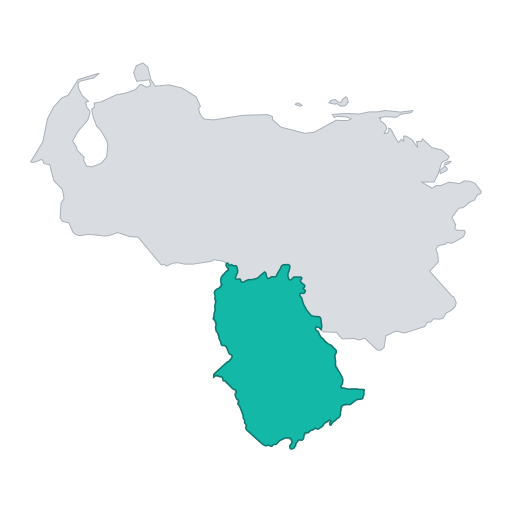 where Amazonas sits in Venezuela
{"feature_id": "VEN-38", "entity_name": "Amazonas", "entity_type": "State", "adm_level": 1, "iso_a3": "VEN", "parent_name": "Venezuela", "parent_adm1": "", "projection": "albers", "projection_center": [-66.172, 3.421], "detail": "fine", "context": "in_parent", "style": "filled", "palette": "teal", "viewbox_px": 512, "rotation_deg": 0, "n_neighbors": 0, "source": "natural_earth", "source_scale": "10m", "svg_char_len": 9704}
<svg xmlns="http://www.w3.org/2000/svg" viewBox="0 0 512 512"><path d="M475.0,183.4L481.3,191.5L480.7,193.5L476.9,195.4L474.6,200.0L469.8,202.1L463.1,207.7L458.7,208.2L451.9,217.5L455.7,224.7L454.8,228.4L456.5,230.2L464.4,230.4L465.2,232.3L464.2,235.3L462.8,237.2L452.1,243.2L446.9,242.6L444.7,244.4L437.8,245.8L435.9,249.3L437.7,254.1L438.4,261.9L429.7,271.1L451.5,295.7L453.9,297.0L456.2,302.7L455.4,306.1L451.6,310.1L446.2,313.1L443.0,318.2L439.6,319.2L433.7,318.8L430.8,321.7L427.0,322.7L424.6,326.6L404.6,333.0L395.9,331.1L385.9,335.8L384.1,347.4L381.1,350.1L377.3,350.1L364.9,338.3L358.6,340.0L354.4,338.5L342.1,338.9L336.3,332.3L323.5,331.9L318.6,327.4L316.4,327.3L315.4,328.8L320.4,336.2L335.4,350.4L335.5,363.2L342.6,381.1L341.3,386.8L345.4,388.5L363.4,389.8L363.2,396.1L360.9,399.0L357.3,399.6L348.1,404.4L342.6,406.0L339.1,416.4L336.1,419.5L332.8,422.0L326.7,422.1L318.4,428.8L315.5,428.6L308.5,432.0L297.3,441.7L293.6,447.6L290.8,447.7L291.9,442.5L290.4,439.8L287.8,438.3L285.3,438.0L282.2,439.4L273.9,444.5L265.8,445.6L261.5,443.3L246.5,429.8L246.2,425.3L242.7,414.5L235.1,394.5L235.3,390.6L223.3,380.5L221.6,377.1L216.7,375.7L213.6,377.1L214.4,373.7L230.5,359.3L232.0,356.2L225.7,346.9L222.2,344.3L220.3,341.1L216.2,329.9L215.2,321.3L213.8,319.5L215.6,298.5L214.9,293.9L216.1,290.4L219.2,288.0L221.0,284.2L221.4,279.2L223.3,275.1L226.6,271.8L227.8,268.6L226.4,263.4L223.5,261.3L213.8,259.7L211.1,261.3L193.3,264.1L184.5,264.1L177.8,262.7L172.7,263.2L166.7,266.0L163.8,264.3L161.4,265.1L138.1,237.2L129.5,236.6L117.9,232.6L108.6,235.7L104.8,236.0L88.4,234.3L79.3,235.7L75.5,234.3L72.9,232.1L68.9,222.9L62.7,221.4L60.1,217.7L61.1,202.9L64.0,198.9L63.0,192.2L62.1,189.0L53.9,180.8L49.7,164.6L44.2,163.7L42.6,160.2L41.0,159.5L36.5,161.7L31.7,162.5L30.7,161.7L42.8,141.9L47.6,118.5L53.6,107.1L61.8,97.9L68.3,95.2L78.1,79.6L99.3,73.2L93.7,78.0L81.0,80.9L78.1,82.8L78.4,88.0L82.1,95.5L88.5,101.4L85.5,102.0L86.8,107.3L89.8,111.0L90.0,113.2L87.6,120.3L77.8,131.5L72.6,141.2L76.5,147.0L77.0,150.0L84.2,157.3L83.5,160.1L86.6,166.1L91.6,166.9L101.4,163.2L106.6,157.0L107.8,145.1L106.8,140.8L100.9,130.4L96.8,126.4L93.3,117.4L91.6,109.2L94.4,107.3L94.2,103.1L101.0,101.9L115.8,95.0L124.9,93.3L135.3,89.7L139.8,84.8L141.4,84.5L146.8,87.3L149.5,86.3L150.6,84.1L149.1,79.8L136.7,81.3L133.6,72.6L136.4,65.6L143.0,63.0L147.8,67.1L150.9,79.6L155.3,86.2L168.5,84.9L181.9,87.9L196.2,96.9L200.4,106.3L198.6,108.6L199.5,112.6L201.6,116.6L204.7,119.2L213.6,119.9L243.0,115.3L267.6,114.6L272.3,116.5L272.8,119.9L280.8,127.1L304.8,133.3L314.0,132.4L336.0,120.3L347.8,120.6L351.2,118.8L346.8,117.0L337.0,116.3L334.1,117.5L332.4,114.4L346.5,113.4L359.0,114.1L369.2,111.9L377.3,111.9L385.4,110.5L400.7,112.1L412.7,110.6L411.3,112.6L401.0,114.3L396.1,117.2L385.7,116.7L378.4,117.8L380.7,118.6L380.7,121.5L382.8,122.2L386.0,125.8L386.8,128.8L384.2,133.6L387.2,133.1L388.8,131.5L388.8,128.2L390.5,128.7L398.2,142.6L401.5,139.3L403.7,141.3L403.7,136.1L406.3,136.2L411.9,139.7L417.7,147.6L416.6,141.5L421.3,141.4L422.5,138.8L431.8,147.5L441.7,150.0L449.1,156.5L447.5,159.7L443.2,161.4L441.4,163.4L438.2,173.8L434.1,182.0L421.7,182.1L432.2,188.3L435.9,185.7L441.1,185.5L448.9,182.2L459.6,183.6L464.3,180.9L470.0,181.2L475.0,183.4ZM347.2,97.9L348.3,102.2L345.0,106.0L340.4,106.1L336.9,103.6L335.0,104.2L328.9,102.9L330.7,100.6L335.1,99.4L338.5,102.1L341.3,102.2L342.0,100.0L345.8,96.7L347.2,97.9ZM446.9,170.2L440.3,173.7L439.9,170.4L445.0,166.2L447.3,168.7L446.9,170.2ZM302.0,105.4L300.2,106.2L295.3,104.4L296.3,103.2L299.0,103.2L302.0,105.4ZM448.2,163.9L444.2,165.0L445.3,162.6L449.5,161.2L451.0,161.7L448.2,163.9Z" fill="#d9dde1" stroke="#a8b0b8" stroke-width="1"/><path d="M321.1,329.6L320.6,328.9L319.3,327.7L317.8,326.9L316.3,327.0L315.8,327.4L315.6,328.1L315.5,328.8L315.6,329.5L316.0,330.2L316.5,330.6L317.9,331.3L318.4,331.8L319.1,333.8L320.6,336.7L321.3,337.5L322.8,338.7L323.5,339.4L325.0,341.5L328.3,344.0L329.6,344.7L331.2,345.3L331.9,345.8L333.9,348.2L335.4,349.4L336.0,350.1L336.3,351.0L336.2,352.8L335.9,353.4L335.0,354.6L334.7,355.2L334.6,356.0L335.5,360.3L335.6,361.7L335.3,364.5L335.4,365.9L336.0,367.1L337.0,368.4L338.2,370.5L339.3,371.9L341.9,376.9L342.5,378.7L343.0,379.7L342.7,380.8L342.6,382.8L342.5,383.4L341.2,385.7L341.0,386.5L341.0,387.3L341.3,387.8L341.8,388.1L342.5,387.9L344.5,388.2L348.5,389.3L350.7,389.2L352.8,388.9L357.2,389.0L359.3,389.4L363.5,389.5L364.2,389.7L364.3,390.2L364.0,391.3L363.9,391.9L364.0,394.2L363.9,394.6L363.0,396.7L362.9,397.3L363.0,397.9L362.6,398.6L361.6,399.0L359.3,399.4L358.0,399.3L357.6,399.4L355.7,400.2L350.9,404.1L350.2,404.5L349.6,404.6L345.6,404.5L344.3,404.6L343.1,405.1L341.7,406.1L341.1,407.2L340.9,410.1L340.4,412.2L340.5,414.2L340.2,415.5L339.8,416.3L339.3,417.1L338.6,417.8L337.0,418.7L335.2,420.5L332.9,422.2L332.2,423.0L331.5,424.3L331.1,425.0L330.6,425.2L329.9,424.8L329.7,424.1L329.8,423.2L330.1,422.6L330.8,421.2L330.7,420.6L330.0,420.1L329.2,420.2L328.4,420.7L327.0,421.7L325.3,422.6L324.5,423.2L323.8,424.0L323.1,425.5L322.7,426.1L318.5,429.0L317.8,429.1L317.1,429.0L315.4,428.2L314.8,428.2L312.9,429.9L310.9,430.3L310.6,430.5L309.5,431.5L308.8,431.8L308.7,432.6L307.4,432.8L306.1,432.7L304.8,433.0L304.1,434.6L303.8,437.4L303.4,438.8L302.6,439.8L302.0,440.1L301.3,440.2L299.9,440.0L299.0,440.0L298.5,440.3L296.4,442.8L296.0,443.4L295.7,444.3L295.7,445.5L295.6,445.9L294.9,446.6L294.3,447.7L293.6,448.3L292.7,448.7L292.0,449.0L291.2,449.0L290.6,448.8L290.2,448.3L289.8,447.6L289.7,446.0L290.5,444.7L291.6,443.4L292.1,441.9L292.0,441.1L291.8,440.4L291.5,439.7L290.7,438.7L289.9,438.0L289.4,437.8L289.0,437.8L288.3,437.9L285.9,437.8L285.2,437.9L284.4,438.2L283.1,439.0L280.2,440.3L279.5,440.8L278.8,441.5L277.5,443.1L276.8,443.8L276.1,444.2L275.4,444.3L274.0,444.4L273.2,444.8L272.2,446.0L271.4,446.3L270.6,446.2L269.5,445.5L268.9,445.2L268.2,445.2L266.3,445.8L264.3,445.4L262.2,443.9L246.5,429.8L245.8,428.4L245.7,427.6L246.3,426.3L246.2,425.5L246.0,424.7L245.6,424.0L244.6,423.0L244.5,422.6L244.7,421.2L244.6,420.5L243.2,417.8L243.1,417.2L243.1,415.7L243.0,414.9L240.1,407.3L239.5,406.1L239.4,405.8L239.3,405.5L238.6,405.1L237.9,404.0L237.8,403.6L238.5,402.7L238.6,402.1L238.5,400.3L238.3,399.7L236.7,399.0L236.4,398.5L235.8,397.1L235.6,396.1L235.1,394.8L235.1,394.2L236.1,393.1L236.5,392.4L236.1,391.5L236.1,390.8L236.0,390.5L235.7,390.2L234.6,389.5L233.4,389.2L232.1,388.1L231.5,387.8L230.9,386.6L229.6,385.7L228.9,384.6L228.4,384.4L227.9,383.7L227.6,383.2L226.6,382.7L226.1,381.5L225.6,381.0L225.0,380.8L223.5,380.8L223.1,380.5L222.9,379.8L222.7,378.3L222.5,377.7L222.0,376.9L221.4,376.4L220.1,376.8L219.2,376.6L217.9,376.0L217.5,375.5L217.2,375.4L216.6,375.8L215.5,375.7L214.8,375.9L214.2,376.8L213.7,377.2L213.7,374.9L214.3,373.9L227.2,362.0L227.6,361.8L228.7,361.5L229.1,361.2L231.2,358.7L232.0,357.3L232.2,355.9L231.1,354.7L229.8,354.2L229.3,353.9L228.9,353.2L226.6,347.3L225.7,346.0L224.4,345.4L222.5,345.6L221.8,345.3L221.3,344.6L221.0,343.8L220.8,342.1L220.5,341.3L219.2,339.0L219.0,338.2L218.9,336.2L218.6,335.4L218.4,335.2L218.5,334.7L218.3,334.0L217.9,333.7L217.6,332.6L216.4,331.4L216.1,330.7L215.5,327.5L215.7,326.3L216.3,325.2L216.3,324.8L216.2,324.3L215.8,323.6L215.7,323.2L215.9,322.4L215.9,322.2L215.2,321.7L214.9,320.5L214.7,320.1L214.1,319.6L214.1,319.8L213.8,319.6L213.3,319.0L213.2,318.7L213.2,318.2L213.8,317.5L213.8,316.2L214.0,315.3L214.2,313.4L214.3,312.7L214.9,311.6L215.0,310.1L215.2,309.5L215.1,309.2L215.2,308.8L215.2,308.3L214.8,307.3L214.8,306.5L215.0,305.2L215.5,303.9L215.5,301.8L215.9,301.2L215.9,300.9L215.0,299.6L214.8,298.9L214.8,298.2L215.3,296.7L215.1,295.3L214.6,294.3L214.3,293.0L214.6,291.6L215.4,290.3L216.6,289.2L217.3,289.2L218.0,288.6L219.0,288.2L219.9,287.3L220.3,287.1L220.7,287.0L220.8,286.8L221.2,285.6L221.8,284.8L221.9,284.4L221.2,283.6L220.8,281.0L220.8,279.4L221.0,278.0L221.6,276.7L222.4,275.5L224.4,273.6L224.7,273.1L226.3,271.3L227.9,270.5L228.4,270.2L228.5,269.6L228.4,268.8L228.2,268.2L227.3,267.6L226.1,265.6L226.1,264.3L226.2,263.9L227.2,263.0L228.3,263.7L228.6,264.1L229.0,265.1L229.6,265.4L230.0,265.5L230.4,265.4L231.1,264.7L231.4,264.6L231.8,264.7L232.6,265.4L233.3,265.7L234.3,265.8L235.7,265.7L236.3,265.9L236.9,267.0L237.5,269.1L237.6,270.3L237.6,271.7L237.5,272.5L235.7,276.8L235.5,278.0L235.6,278.8L236.0,279.2L236.7,279.4L238.6,279.0L239.4,278.9L239.9,279.1L240.3,279.3L240.6,279.7L241.0,281.2L241.3,281.8L241.7,282.1L242.5,282.3L243.4,282.1L244.0,281.8L246.3,280.5L248.5,279.7L252.6,279.6L254.7,278.9L255.8,278.7L257.4,278.1L258.0,277.8L260.3,275.5L264.5,272.0L264.9,272.1L265.2,272.3L265.9,273.2L266.7,276.8L267.4,278.2L267.7,278.4L268.3,278.5L269.3,278.2L269.9,277.9L271.2,276.9L271.7,276.7L274.6,276.9L274.9,276.8L276.1,276.3L276.5,275.9L276.8,275.2L276.9,274.4L280.6,268.2L281.1,266.9L281.6,265.8L283.1,264.9L283.8,264.7L286.0,264.7L288.1,264.5L288.7,264.8L289.5,265.4L289.8,265.9L289.9,266.8L289.6,268.5L289.2,269.8L288.9,271.4L288.3,272.6L287.9,274.4L288.0,276.6L288.9,279.0L289.2,279.5L289.8,279.9L290.1,280.0L290.8,279.9L291.3,279.6L292.4,278.5L293.4,277.3L293.8,277.1L294.6,277.0L300.4,277.1L301.3,277.3L301.7,277.6L301.8,278.1L301.7,278.9L300.5,280.3L300.4,280.8L300.8,281.9L301.2,282.4L301.6,282.9L304.4,285.0L304.7,285.4L304.8,286.2L304.4,287.1L304.3,287.4L303.3,288.0L303.2,288.1L303.1,288.5L303.4,288.9L305.2,290.3L305.4,290.7L305.3,291.1L304.8,292.4L304.4,292.9L304.0,293.2L303.1,293.4L300.9,293.4L300.1,293.7L299.9,294.0L299.6,294.7L299.8,295.4L300.5,296.6L301.5,297.7L301.8,298.2L303.1,303.0L304.3,305.9L305.5,307.7L306.4,309.8L311.2,315.6L311.5,315.8L315.0,316.5L318.0,316.6L319.3,316.8L320.0,317.3L320.4,317.8L320.7,318.4L321.0,319.9L321.5,324.3L321.8,325.5L321.7,326.9L321.3,329.0L321.1,329.6Z" fill="#14b8a6" stroke="#0f766e" stroke-width="1.5"/></svg>